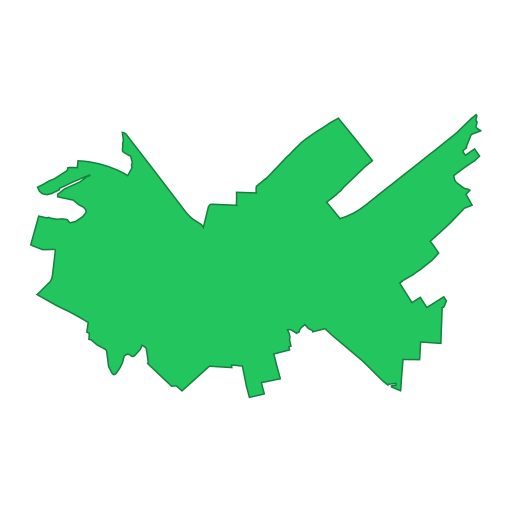 Poarta Alba, Constanta, Romania
{"feature_id": "2599482B25555992289279", "entity_name": "Poarta Alba", "entity_type": "district", "adm_level": 2, "iso_a3": "ROU", "parent_name": "Romania", "parent_adm1": "Constanta", "projection": "orthographic", "projection_center": [28.4, 44.227], "detail": "fine", "context": "isolated", "style": "filled", "palette": "green", "viewbox_px": 512, "rotation_deg": 0, "n_neighbors": 0, "source": "geoboundaries", "source_scale": "gbopen_adm2", "svg_char_len": 5890}
<svg xmlns="http://www.w3.org/2000/svg" viewBox="0 0 512 512"><path d="M446.4,300.9L443.8,296.8L430.7,305.1L427.0,307.4L426.8,307.5L423.3,302.0L420.3,297.3L412.0,302.6L406.9,294.5L402.5,287.7L399.8,283.1L399.7,283.0L400.6,282.4L402.0,281.6L401.8,281.3L403.6,280.2L406.0,278.8L408.4,277.4L411.1,275.8L413.1,274.7L416.3,272.3L420.7,269.3L424.1,266.6L428.2,263.3L432.0,260.3L438.7,253.1L434.5,247.0L432.4,244.0L430.2,241.4L432.2,239.5L437.5,234.7L440.3,232.2L440.5,232.0L441.4,231.2L442.3,230.3L443.1,229.6L446.8,226.2L449.6,223.6L451.1,222.1L455.8,217.2L460.3,212.5L461.6,211.2L464.3,208.3L464.7,208.1L466.8,207.3L469.1,206.4L472.1,205.2L466.0,194.3L467.0,193.2L470.0,190.3L470.0,190.2L467.9,189.2L464.7,188.5L462.7,187.3L459.4,184.7L458.1,183.8L455.6,181.6L454.8,180.1L454.5,179.2L453.7,175.7L465.1,167.1L471.9,162.5L474.5,160.9L479.6,156.1L476.9,152.4L474.6,148.9L473.6,149.6L472.5,150.3L469.3,152.6L466.3,154.7L465.4,155.3L463.4,152.5L463.0,151.4L463.2,150.7L463.7,150.1L466.6,147.8L466.2,147.2L471.1,134.8L472.5,134.0L474.3,133.3L477.8,132.0L481.3,130.7L481.2,130.7L480.0,130.2L479.0,129.6L476.7,128.0L476.3,127.5L476.0,126.9L475.9,126.4L476.4,125.0L477.1,122.2L476.9,121.6L475.8,120.1L476.9,116.0L476.7,115.3L476.1,114.6L471.2,118.6L470.0,119.8L463.9,125.7L459.9,129.6L456.7,132.8L452.5,136.2L444.7,142.4L438.6,147.3L433.2,151.6L425.1,157.9L417.7,163.9L414.8,166.2L407.3,172.0L402.8,175.6L398.5,179.0L395.9,181.1L392.1,184.1L387.7,187.5L379.3,194.1L372.4,199.7L365.4,205.3L359.4,209.6L353.5,213.2L346.1,216.5L339.8,218.7L339.5,217.9L337.2,215.1L336.5,214.3L334.3,211.5L330.6,207.0L327.3,203.0L326.6,202.2L328.3,201.0L330.9,199.0L331.9,198.2L333.5,197.0L334.0,196.6L334.3,196.2L334.5,196.0L335.1,195.6L336.1,194.9L336.8,194.2L337.0,193.9L337.3,193.7L338.4,192.5L339.2,191.9L339.7,191.7L340.9,190.6L341.3,190.2L342.0,189.1L342.8,188.3L343.7,187.2L344.8,186.2L346.5,184.5L347.2,183.9L348.5,182.6L354.7,176.7L357.5,173.9L358.2,173.1L359.5,172.0L362.3,169.4L364.2,167.4L366.7,165.2L367.0,165.1L367.4,164.9L367.9,164.5L368.9,163.5L371.2,161.7L372.4,160.6L358.7,143.3L355.0,138.6L348.7,130.9L343.9,125.0L339.8,120.0L338.7,118.6L338.5,118.4L338.4,118.2L330.6,122.5L321.6,128.5L317.5,130.9L313.5,133.6L309.6,136.4L306.1,138.8L300.9,143.0L299.3,144.7L297.9,146.0L294.7,149.1L291.7,152.2L290.1,154.0L289.7,154.4L287.9,155.9L286.1,157.6L285.4,158.4L283.0,161.0L282.1,161.8L281.7,162.4L278.0,166.2L272.7,171.8L265.4,179.3L265.1,179.0L264.7,179.4L264.0,180.0L262.8,181.0L260.6,182.9L260.1,183.4L259.0,183.9L258.2,184.8L256.4,186.3L256.1,188.2L256.1,189.6L256.2,193.0L255.2,192.9L236.5,192.3L236.5,193.3L236.6,195.8L236.6,198.8L236.4,205.2L236.5,205.3L220.4,204.6L215.6,204.4L212.8,204.2L210.1,204.5L208.4,206.8L207.8,209.3L207.0,212.6L206.0,216.7L204.7,221.9L204.0,224.6L203.3,227.3L202.9,226.5L202.3,225.7L201.6,224.9L200.9,224.4L201.0,224.3L193.6,219.6L191.0,217.5L188.2,214.8L186.1,212.5L179.8,204.2L177.8,201.6L152.4,168.3L140.4,152.8L129.3,138.4L126.2,134.3L125.9,134.0L124.7,133.2L123.9,132.8L122.3,132.4L122.4,132.9L123.0,137.0L123.3,140.5L123.2,141.4L123.1,141.6L122.7,143.1L122.6,143.9L122.9,146.8L122.7,147.6L122.5,148.5L122.4,149.9L122.7,151.3L123.5,152.2L125.6,153.4L127.5,154.6L128.4,155.0L129.1,155.6L129.6,155.7L130.4,155.9L131.0,157.0L131.0,157.8L131.2,158.7L132.3,162.0L132.1,162.8L131.9,163.9L131.6,164.6L131.4,165.3L131.9,166.6L131.8,167.0L131.9,167.6L131.3,169.1L128.1,174.9L127.4,175.6L124.2,173.4L116.7,169.8L108.2,166.5L104.0,165.2L98.6,163.7L92.2,162.4L89.5,161.9L88.2,161.7L86.7,161.5L83.1,161.1L80.8,161.0L79.6,160.9L78.0,160.8L77.8,163.1L77.2,167.7L75.1,167.6L73.7,167.5L69.5,167.5L67.9,167.7L67.7,168.9L67.0,170.5L66.3,171.1L59.4,175.6L54.2,178.9L49.2,180.8L44.5,183.7L37.5,187.2L39.5,191.3L41.8,193.4L43.1,193.9L46.9,194.7L51.5,193.6L59.4,189.7L59.7,188.1L63.5,186.5L73.6,181.7L81.3,178.4L89.5,175.1L89.8,175.6L86.9,176.7L79.7,182.1L64.7,188.8L57.7,194.4L57.6,196.8L65.6,198.5L73.6,200.2L74.5,201.2L79.0,204.9L82.6,206.7L83.9,207.6L85.7,209.6L86.1,211.4L85.8,212.9L82.6,216.7L75.8,221.4L70.4,222.8L69.6,222.6L67.4,219.7L63.7,219.0L60.6,218.9L57.4,219.3L56.5,219.1L55.2,219.0L50.8,218.2L48.7,217.4L47.1,217.7L47.0,217.9L38.7,216.1L30.7,244.9L32.7,245.8L42.4,249.6L43.2,249.7L48.4,249.6L53.6,249.4L54.6,249.5L55.4,250.0L53.9,263.1L52.7,273.3L52.3,276.0L52.0,277.6L51.7,278.7L50.1,281.8L49.9,281.9L39.6,292.2L37.3,294.5L37.1,294.6L48.1,300.8L52.0,303.0L56.0,305.3L64.3,309.4L69.1,311.6L75.9,315.3L80.0,317.6L82.2,318.9L88.2,322.5L86.9,331.7L86.8,332.1L89.3,333.4L88.9,339.4L89.3,339.5L91.1,339.8L97.2,345.0L105.3,349.3L106.2,350.3L106.7,351.4L108.6,366.6L112.1,373.4L113.5,374.6L114.7,374.5L115.9,373.7L119.7,368.3L122.3,363.1L124.1,356.5L124.9,355.5L127.0,354.3L128.5,354.3L129.7,354.8L132.0,356.4L133.5,356.4L134.6,355.7L140.5,349.1L142.0,345.3L145.0,347.0L145.7,347.8L146.3,348.7L148.2,361.6L148.1,362.4L147.6,363.5L165.2,380.2L171.7,386.3L173.3,386.0L176.3,385.9L182.0,390.9L209.4,366.2L231.8,367.6L231.5,365.1L238.1,365.5L238.4,365.8L242.4,365.9L246.3,385.7L249.4,397.4L264.3,393.9L261.5,383.2L261.4,382.7L261.9,382.3L264.0,382.0L264.8,382.0L267.1,381.5L268.4,381.2L272.5,380.4L278.6,379.1L280.3,378.8L279.9,377.1L278.7,372.7L277.5,368.4L276.5,364.5L275.2,359.4L273.8,354.0L278.4,352.8L284.3,351.3L289.6,349.9L288.8,346.8L291.0,346.2L289.5,339.6L290.0,337.2L289.3,333.8L287.5,329.7L290.7,329.6L296.7,333.4L297.1,332.7L298.8,332.4L299.6,330.0L301.0,327.9L304.9,324.6L308.4,328.5L312.4,330.5L312.7,331.8L325.1,328.7L331.7,334.9L361.9,360.4L367.6,365.9L382.7,380.9L387.8,385.0L387.9,384.3L396.0,383.4L396.1,385.3L391.5,385.8L391.5,387.0L400.6,390.8L400.7,390.6L401.2,382.6L401.9,373.3L403.0,360.0L403.0,359.5L415.1,359.6L419.6,359.7L419.8,356.9L420.1,351.3L420.6,342.0L440.9,343.4L441.1,336.0L442.2,307.6L443.3,307.2L443.8,307.0L444.0,306.7L444.4,306.0L445.1,304.0L445.7,302.8L446.2,301.4L446.3,301.0L446.4,300.9Z" fill="#22c55e" stroke="#15803d" stroke-width="1.5"/></svg>